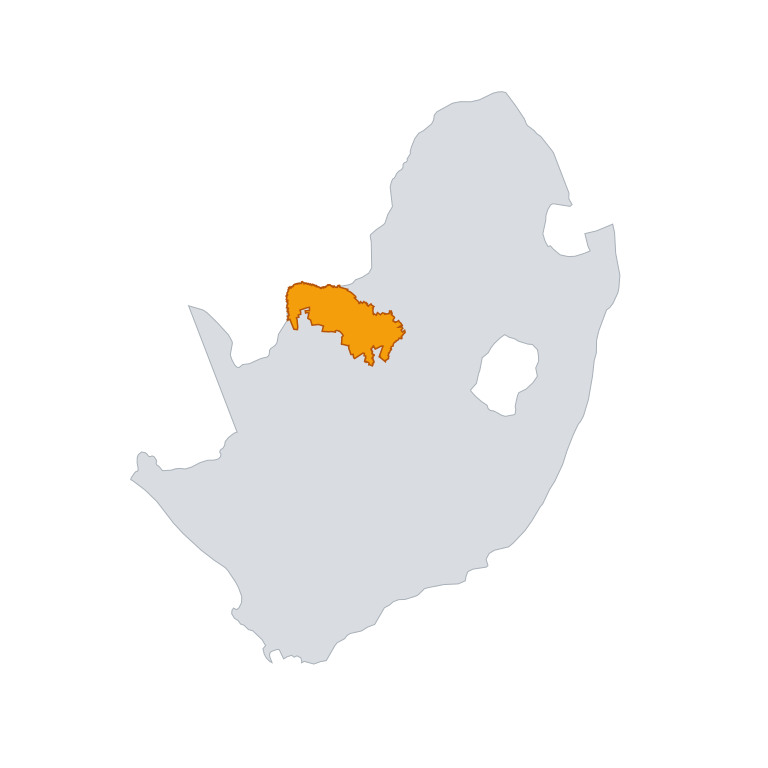 Dr Ruth Segomotsi Mompati, North West, South Africa (highlighted), rotated 339°
{"feature_id": "47623444B1265322146951", "entity_name": "Dr Ruth Segomotsi Mompati", "entity_type": "district", "adm_level": 2, "iso_a3": "ZAF", "parent_name": "South Africa", "parent_adm1": "North West", "projection": "mercator", "projection_center": [24.344, -26.693], "detail": "fine", "context": "in_parent", "style": "filled", "palette": "amber", "viewbox_px": 768, "rotation_deg": 339, "n_neighbors": 0, "source": "geoboundaries", "source_scale": "gbopen_adm2", "svg_char_len": 9714}
<svg xmlns="http://www.w3.org/2000/svg" viewBox="0 0 768 768"><g transform="rotate(339 384 384)"><path d="M531.0,148.8L548.6,146.4L556.5,147.8L566.0,151.6L574.8,152.9L589.9,151.6L595.0,152.2L599.1,153.5L602.1,155.5L606.4,170.6L610.1,186.9L610.1,192.1L610.6,194.2L614.9,201.1L616.5,205.4L619.0,208.9L624.5,226.4L625.1,229.4L625.1,272.0L622.9,277.2L623.9,283.9L621.3,284.8L606.3,276.2L603.7,276.5L599.5,279.8L595.5,284.8L593.7,289.1L586.1,300.7L585.6,308.0L586.3,314.4L588.8,314.6L590.6,319.2L594.7,326.5L601.7,331.1L608.1,333.2L617.1,333.8L624.2,333.6L623.8,328.7L625.4,315.6L637.2,317.2L654.8,316.7L653.5,325.3L647.2,344.8L643.2,366.9L637.9,378.1L635.0,382.7L626.5,390.9L622.0,393.6L618.3,394.6L603.7,411.2L598.2,419.2L593.4,431.0L588.6,437.5L581.5,451.3L569.2,471.9L558.7,485.4L554.1,489.3L551.0,491.1L542.7,499.0L531.0,511.8L522.0,523.1L508.6,536.0L500.9,541.7L489.2,552.8L486.0,554.5L472.8,564.9L463.4,571.2L448.1,578.6L442.1,580.7L427.6,578.8L421.5,579.8L416.5,584.2L416.0,590.7L413.9,591.6L400.6,588.7L395.1,589.2L391.9,592.6L389.3,596.9L381.6,597.2L368.1,592.7L352.1,589.9L348.4,589.6L340.6,593.0L337.9,593.4L326.6,592.7L320.4,590.6L314.4,590.6L309.8,592.4L304.2,593.0L289.2,605.1L281.4,605.1L274.7,606.5L262.9,604.8L259.3,605.6L255.8,607.7L247.7,608.7L244.6,610.5L230.9,621.6L225.3,620.4L218.2,620.3L210.2,614.4L207.1,614.7L208.0,613.0L208.2,609.8L205.4,606.6L202.2,606.8L200.6,604.2L195.7,603.9L191.8,604.7L191.0,594.5L189.2,593.5L184.3,593.3L182.0,593.6L180.9,594.6L179.6,596.9L179.6,604.0L177.9,602.0L176.0,597.7L175.4,593.2L176.1,587.8L179.7,585.8L178.6,579.0L173.0,567.3L169.5,564.8L166.8,558.9L164.1,556.7L163.0,552.5L160.4,549.2L159.5,543.9L160.9,540.9L163.2,539.3L165.6,541.9L168.5,540.9L172.6,537.1L175.1,531.3L175.2,522.1L174.6,516.4L171.3,501.7L169.8,498.3L162.4,487.8L153.8,473.7L142.9,451.7L137.7,438.6L129.8,412.2L122.9,397.3L114.3,383.5L113.2,382.6L114.5,380.9L119.1,377.7L121.2,376.8L122.3,377.2L123.4,376.4L124.4,374.2L125.2,369.3L127.3,364.2L129.2,362.0L133.3,360.6L136.4,362.5L137.6,364.4L138.2,366.9L139.5,368.1L141.7,368.0L143.3,369.5L144.1,372.6L144.0,374.9L142.7,376.3L142.9,378.2L144.5,380.5L146.2,385.6L154.5,388.2L159.2,388.5L163.6,389.8L167.8,392.1L174.6,392.6L184.2,391.5L192.0,392.0L198.2,394.2L202.6,394.6L205.4,393.2L206.6,391.2L206.2,388.6L207.6,386.9L210.7,386.2L213.2,384.2L215.1,380.9L219.4,378.3L226.2,376.2L229.6,376.3L229.6,240.9L241.6,250.1L244.5,254.3L250.3,266.9L256.4,282.4L257.4,289.9L257.1,291.5L250.9,301.8L250.7,306.8L251.4,312.8L252.8,315.7L254.6,316.7L259.0,315.2L265.5,316.8L278.2,316.1L284.5,316.9L286.1,316.4L287.5,315.2L289.2,311.6L290.7,310.4L296.5,308.9L299.1,306.8L303.3,299.8L315.8,290.4L317.2,288.1L325.1,265.7L327.5,262.5L331.0,260.4L337.9,258.7L341.9,259.6L346.3,261.5L351.2,264.8L358.5,270.9L361.0,271.8L368.4,272.1L372.9,276.1L386.7,278.8L390.7,278.7L394.9,276.5L402.0,276.6L409.6,275.0L414.2,271.1L423.1,246.6L424.0,241.3L425.0,239.8L432.2,237.1L441.0,235.0L442.8,233.9L448.3,227.1L455.4,221.5L460.4,202.2L463.7,197.6L465.7,195.7L467.0,195.6L468.8,194.4L471.2,192.1L474.0,190.6L477.3,190.1L479.4,188.5L480.4,185.9L482.1,184.7L484.5,184.7L485.8,183.9L486.2,182.2L491.5,178.1L491.7,176.4L494.7,172.4L500.7,165.9L506.4,162.3L511.7,161.6L521.5,158.3L525.0,155.3L527.2,151.1L531.0,148.8ZM514.7,439.7L523.5,436.2L530.0,431.7L531.4,423.4L536.4,418.3L538.2,413.6L539.6,407.1L536.7,400.3L532.6,398.3L525.2,392.5L522.0,388.5L517.6,385.2L514.4,381.2L509.3,382.5L501.5,385.7L496.6,388.7L492.5,392.2L485.1,394.7L478.2,405.8L475.9,408.3L470.6,416.5L462.7,420.6L462.6,422.0L465.2,428.7L468.8,435.4L472.6,440.8L472.4,444.2L473.7,446.8L477.1,448.7L482.8,455.5L485.7,457.7L494.4,459.3L495.7,458.9L498.0,454.8L498.4,451.9L504.2,443.1L506.7,440.4L514.7,439.7Z" fill="#d9dde1" stroke="#a8b0b8" stroke-width="1"/><path d="M416.9,320.9L416.9,318.6L415.1,319.5L415.7,317.1L414.9,318.9L413.7,320.0L410.9,319.4L411.2,319.3L408.1,317.0L405.5,318.1L403.5,315.0L401.4,317.0L399.9,314.9L399.2,315.4L398.9,314.8L399.4,313.9L399.8,311.7L400.9,309.8L400.6,309.0L402.4,308.1L400.8,306.0L400.6,304.6L398.1,305.2L397.2,305.7L396.3,303.9L397.3,303.4L396.5,301.5L395.8,301.9L394.7,299.8L392.7,300.9L391.7,298.8L390.3,300.0L390.1,299.5L389.5,299.6L389.6,299.1L390.0,299.0L389.4,297.5L388.0,294.4L387.2,293.0L388.9,292.8L388.5,291.3L387.2,288.9L386.2,286.9L385.4,285.9L383.6,284.0L383.1,283.1L384.0,282.6L377.4,277.8L378.0,276.3L377.6,276.2L377.5,275.9L377.2,276.1L376.8,275.8L376.6,276.0L376.3,275.8L376.2,276.3L375.4,276.2L375.2,276.8L375.0,276.5L374.6,276.9L373.8,276.6L372.7,275.7L372.7,275.4L372.8,274.9L371.9,275.0L371.4,275.5L371.2,275.0L371.6,274.8L371.5,274.3L371.2,274.4L370.9,274.8L370.6,274.8L370.6,274.2L370.2,274.0L370.3,273.6L369.8,273.4L369.5,272.9L369.5,272.5L369.1,272.5L368.9,272.0L368.3,271.6L368.1,271.6L367.7,272.0L367.3,272.0L367.2,271.8L367.4,271.4L367.2,271.2L366.7,271.4L366.6,271.9L365.5,272.0L365.1,272.1L364.9,272.4L364.7,272.4L364.6,272.0L364.3,272.0L364.1,272.1L364.2,272.6L364.0,272.8L363.7,272.7L363.0,272.1L362.9,272.5L362.2,272.7L362.1,272.1L362.4,271.9L362.2,271.6L361.5,271.7L361.1,271.4L360.9,271.4L360.7,271.7L360.4,271.7L360.5,272.1L360.3,272.3L359.7,272.3L359.3,271.9L358.9,271.9L358.8,271.7L359.0,271.1L358.2,270.7L358.1,270.0L356.8,269.7L356.7,269.5L356.9,269.1L356.6,268.7L356.1,269.1L355.7,268.9L355.6,268.4L356.1,267.8L356.1,267.7L355.7,267.5L355.0,267.7L354.7,267.3L354.2,267.3L354.2,266.8L353.8,266.5L354.1,266.1L353.3,265.7L353.1,265.3L352.9,265.2L352.2,265.8L352.2,265.4L352.0,265.2L351.8,265.2L351.5,265.3L351.1,265.1L351.1,264.8L351.4,264.6L351.1,264.1L350.8,264.1L350.6,264.7L350.1,264.7L349.9,264.0L349.2,263.7L349.5,263.2L349.4,263.0L349.1,262.9L348.8,263.4L348.5,263.4L348.3,263.3L348.3,262.7L347.8,262.5L347.4,262.5L347.5,261.9L346.7,261.8L346.4,261.4L345.4,261.8L345.6,261.1L345.4,260.6L345.0,260.3L344.8,259.9L344.4,260.0L344.2,259.8L344.5,259.2L344.4,259.1L343.7,259.1L343.0,260.2L342.7,260.5L342.4,260.2L341.2,260.0L341.0,259.5L340.8,259.4L339.8,259.6L339.3,259.3L339.1,259.6L338.8,259.7L338.3,259.0L337.7,259.2L337.2,259.0L336.8,259.2L336.1,258.9L335.3,259.1L334.8,259.5L334.5,260.1L334.0,260.0L333.5,260.5L332.8,260.0L332.6,260.1L332.0,260.4L332.0,260.8L331.7,261.1L331.1,260.9L330.9,260.6L331.1,260.0L331.0,259.5L330.8,259.6L330.1,260.4L329.7,259.9L329.4,259.8L329.3,260.1L329.5,261.0L329.2,261.4L328.4,261.4L328.2,261.6L328.3,262.5L328.1,262.9L326.4,264.0L326.1,264.4L325.7,265.6L325.3,266.1L325.4,266.4L325.8,266.5L325.6,266.8L324.6,266.5L324.0,266.8L324.1,267.1L324.5,267.5L324.2,268.0L324.3,268.4L323.8,268.8L323.4,269.8L323.0,270.2L324.1,271.1L324.3,271.4L324.1,271.6L323.5,271.6L322.5,272.1L322.8,272.7L323.5,273.0L323.2,273.7L323.2,274.2L322.5,275.4L321.5,275.7L321.3,277.5L321.2,277.8L320.5,277.7L320.3,277.9L320.9,278.4L321.7,278.7L321.9,279.1L321.6,279.7L320.4,280.2L320.4,280.5L320.6,281.0L319.8,281.4L319.6,281.6L319.8,282.0L320.7,282.3L320.8,282.5L320.1,283.3L320.0,283.7L320.2,284.6L320.0,286.0L319.5,286.2L318.5,286.0L318.2,286.0L318.0,286.4L318.3,287.1L318.3,288.2L316.9,289.1L317.1,289.6L316.9,290.0L319.3,289.9L319.5,300.6L322.6,302.2L323.9,299.9L324.1,299.3L325.2,295.1L325.8,293.3L326.0,290.8L328.5,291.1L328.7,288.8L331.2,289.1L332.0,287.1L332.0,284.9L339.7,285.2L341.9,285.7L340.7,288.8L339.2,288.1L336.7,287.4L336.2,289.7L337.4,289.7L339.3,290.7L336.4,295.4L338.4,298.0L337.9,303.3L344.3,305.0L348.3,308.2L347.1,309.7L345.1,312.7L347.8,314.0L349.4,314.6L350.4,315.2L354.2,316.4L357.2,318.2L357.7,317.0L359.3,317.1L360.8,318.5L361.1,318.4L362.1,320.2L362.9,322.3L363.3,324.3L361.2,325.2L361.2,325.9L359.3,330.2L359.1,330.6L358.7,331.0L358.6,331.7L360.5,332.7L364.1,335.4L364.9,335.4L363.9,338.2L363.8,339.5L363.9,341.1L363.7,343.0L363.7,344.7L365.9,345.4L365.5,346.5L365.1,348.5L365.7,349.7L375.4,347.6L376.7,348.4L375.5,350.5L376.9,351.3L376.1,353.5L375.5,353.6L373.9,356.1L375.0,357.3L375.5,356.6L377.4,358.7L377.5,359.3L376.7,360.6L377.4,360.8L379.6,362.9L380.6,362.1L380.5,360.9L381.4,360.5L381.5,360.6L382.1,360.5L382.3,360.3L382.1,359.9L382.7,359.4L382.8,359.2L382.5,358.7L382.7,358.1L382.4,357.6L382.7,357.0L382.4,356.3L382.0,356.0L382.0,355.7L382.4,355.9L382.8,355.8L382.9,355.4L383.3,355.3L383.4,355.0L383.7,354.0L384.5,353.8L384.8,353.9L385.0,353.8L384.7,353.3L385.1,353.0L383.7,351.7L383.8,351.4L384.1,351.5L384.2,351.4L384.3,350.9L384.1,350.6L384.4,349.7L384.9,349.6L384.9,348.9L384.5,348.4L384.2,347.7L384.3,347.6L384.6,347.5L384.4,347.0L384.8,346.6L384.8,346.2L387.1,345.8L387.0,344.9L387.9,344.7L387.8,345.2L387.8,345.8L388.3,346.6L388.1,347.8L388.4,348.3L395.0,347.6L396.6,348.3L389.9,356.1L390.4,356.0L390.3,356.3L390.4,356.5L389.9,356.6L389.4,356.9L393.3,363.7L394.1,362.4L395.0,362.5L395.3,362.3L395.6,362.3L396.2,362.0L396.9,362.1L397.4,361.9L397.5,361.2L398.5,359.9L398.4,359.5L397.9,359.0L398.0,358.8L398.6,358.3L398.8,358.0L399.3,357.6L399.3,356.7L399.5,356.6L399.9,356.8L400.3,356.7L401.1,356.0L401.5,355.3L403.3,354.5L403.5,354.0L403.0,353.6L402.8,353.3L403.6,352.8L404.0,351.9L404.9,351.7L405.4,351.8L405.9,351.6L406.2,351.7L406.5,350.9L407.0,350.1L408.0,349.3L408.9,348.8L409.5,348.9L410.4,348.7L410.8,348.0L411.9,348.1L413.3,347.8L413.8,347.4L414.4,346.6L415.1,346.8L415.3,347.1L415.8,347.1L416.1,347.8L416.6,348.1L416.9,348.0L417.3,347.4L417.4,346.4L417.2,345.8L417.3,345.7L418.4,345.5L419.0,344.9L419.3,344.9L420.7,344.0L421.5,343.9L421.8,343.5L422.3,343.3L422.5,341.3L419.8,342.1L419.4,340.3L419.3,340.2L419.3,339.7L421.5,338.8L421.2,336.8L420.3,336.9L418.1,336.2L420.0,335.8L422.1,335.8L421.5,333.1L420.6,331.7L420.4,330.0L418.1,330.6L417.4,330.2L417.2,330.5L416.5,330.6L415.7,328.8L415.1,328.8L415.3,327.6L416.8,326.4L417.6,325.9L417.5,325.0L415.8,321.9L416.2,321.7L416.0,321.2L416.3,320.9L416.9,320.9Z" fill="#f59e0b" stroke="#b45309" stroke-width="1.5"/></g></svg>